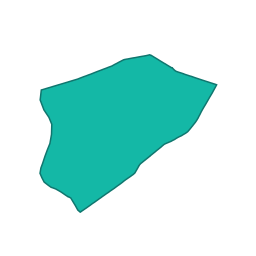 the district of Nuzha, Al Qahirah, Egypt, rotated 163°
{"feature_id": "37247803B21469576264473", "entity_name": "Nuzha", "entity_type": "district", "adm_level": 2, "iso_a3": "EGY", "parent_name": "Egypt", "parent_adm1": "Al Qahirah", "projection": "robinson", "projection_center": [31.378, 30.115], "detail": "fine", "context": "isolated", "style": "filled", "palette": "teal", "viewbox_px": 256, "rotation_deg": 163, "n_neighbors": 0, "source": "geoboundaries", "source_scale": "gbopen_adm2", "svg_char_len": 4125}
<svg xmlns="http://www.w3.org/2000/svg" viewBox="0 0 256 256"><g transform="rotate(163 128 128)"><path d="M30.6,143.4L30.7,143.5L43.4,152.4L47.9,155.6L49.3,156.6L52.1,158.7L53.2,159.4L54.0,159.9L55.2,160.8L56.4,161.6L57.8,162.6L58.7,163.3L58.9,163.4L59.0,163.6L59.6,164.0L60.7,164.8L62.3,165.9L63.2,166.5L64.0,167.1L64.6,167.5L65.3,168.1L65.7,168.4L66.0,168.8L66.4,169.4L66.8,170.0L67.3,171.0L67.8,171.9L68.0,172.6L68.3,172.6L68.6,172.9L69.0,173.2L69.5,173.8L70.8,175.2L71.6,176.1L72.5,177.1L73.6,178.4L74.7,179.5L76.0,181.0L77.1,182.2L78.5,183.8L79.6,185.1L80.5,186.1L82.3,188.1L83.8,189.8L84.5,190.6L84.7,190.8L84.8,190.9L85.0,190.9L85.0,191.0L85.3,191.2L85.6,191.4L85.8,191.6L86.0,191.7L86.5,191.7L88.2,191.8L89.5,191.9L92.1,192.2L93.5,192.4L96.8,192.8L100.5,193.2L103.3,193.6L103.5,193.6L105.1,193.8L108.2,194.1L109.5,194.3L110.5,194.4L111.4,194.5L111.9,194.5L112.4,194.5L114.0,194.2L115.7,193.9L117.9,193.5L119.7,193.1L122.1,192.7L123.9,192.3L124.8,192.1L125.1,192.0L125.5,192.0L126.5,191.9L128.9,191.8L131.2,191.6L134.6,191.4L137.1,191.2L140.7,191.0L143.3,190.8L147.7,190.4L150.2,190.3L152.9,190.1L155.5,190.0L158.1,189.8L159.6,189.7L161.8,189.5L199.8,189.7L203.8,180.5L203.1,169.9L200.5,161.3L199.8,153.8L203.0,144.3L207.2,136.0L211.5,130.7L215.7,125.2L220.0,119.1L223.0,115.2L225.4,110.4L224.9,105.7L224.0,100.8L220.9,96.4L218.9,93.8L217.2,92.6L214.8,90.7L211.4,87.1L210.2,85.7L208.0,82.9L205.4,79.7L205.2,79.8L203.2,77.8L201.0,69.0L200.0,64.2L198.3,61.5L198.1,61.5L196.4,62.1L195.1,62.5L194.4,62.7L193.6,63.0L192.9,63.2L191.2,63.7L189.8,64.2L188.5,64.6L187.0,65.1L184.2,66.1L181.5,66.9L178.6,67.9L176.5,68.6L175.3,69.0L174.0,69.4L172.7,69.9L171.4,70.3L170.2,70.7L169.3,71.0L167.5,71.6L166.1,72.0L165.1,72.3L163.5,72.9L160.2,73.9L159.6,74.1L158.6,74.4L157.6,74.8L155.6,75.5L155.1,75.7L152.9,76.4L152.5,76.5L152.4,76.6L151.7,76.8L151.1,77.0L150.4,77.3L149.5,77.6L148.3,78.1L147.1,78.6L146.2,78.9L145.7,79.1L144.5,79.5L143.7,79.7L143.3,79.9L142.2,80.2L140.7,80.7L139.6,81.0L138.6,81.4L137.7,81.7L136.7,82.0L135.6,82.5L135.0,82.8L134.6,83.0L134.4,83.1L134.3,83.3L133.9,83.6L133.2,84.3L132.6,84.8L131.7,85.7L131.0,86.3L130.2,87.1L129.7,87.6L129.1,88.2L128.8,88.6L128.6,88.6L128.5,88.8L128.4,88.8L128.2,89.0L127.8,89.3L127.7,89.4L127.6,89.5L127.4,89.6L127.2,89.7L127.1,89.8L126.9,89.9L126.8,90.0L126.7,90.0L126.4,90.2L126.2,90.3L125.9,90.4L125.8,90.5L125.7,90.5L125.4,90.6L125.2,90.7L125.0,90.8L124.9,90.8L124.6,90.9L124.4,91.0L124.2,91.1L123.8,91.3L123.7,91.3L123.3,91.5L123.1,91.5L122.7,91.7L122.5,91.8L122.2,91.9L122.0,92.0L121.7,92.1L121.4,92.2L121.3,92.3L121.2,92.3L120.9,92.4L120.8,92.5L120.6,92.5L120.4,92.6L120.1,92.7L119.9,92.8L119.6,93.0L119.3,93.1L119.2,93.1L118.8,93.3L118.6,93.3L118.3,93.5L118.1,93.6L117.8,93.7L117.6,93.7L117.5,93.8L117.4,93.9L117.2,93.9L117.0,94.0L116.7,94.1L116.2,94.3L115.7,94.5L115.3,94.7L115.2,94.7L115.2,94.8L114.9,94.9L114.7,95.0L114.4,95.1L114.1,95.2L114.0,95.3L113.9,95.3L113.7,95.4L113.4,95.5L113.2,95.6L112.8,95.7L112.7,95.8L112.2,96.0L111.9,96.1L111.7,96.2L111.5,96.3L111.4,96.3L111.2,96.4L110.9,96.5L110.7,96.6L110.3,96.8L110.1,96.8L109.6,97.0L109.4,97.1L108.9,97.3L108.5,97.5L108.0,97.7L107.5,97.9L106.9,98.2L106.3,98.4L105.6,98.7L105.0,98.9L104.3,99.2L103.8,99.4L103.0,99.7L101.8,100.2L101.0,100.6L99.6,101.2L98.7,101.6L97.8,101.9L96.9,102.0L96.3,102.1L95.4,102.2L93.4,102.4L92.6,102.5L91.1,102.6L90.1,102.8L89.7,102.9L88.7,103.1L87.5,103.3L86.7,103.4L85.6,103.8L83.1,104.4L82.6,104.5L82.0,104.6L80.7,104.8L79.8,104.9L79.0,105.0L78.4,105.2L76.9,105.6L75.1,106.0L74.4,106.2L73.7,106.4L73.5,106.5L73.4,106.5L72.6,106.8L72.0,107.0L71.2,107.5L69.8,108.4L68.7,109.1L68.2,109.5L67.3,110.0L66.6,110.6L65.7,111.1L64.8,111.8L64.0,112.3L63.2,112.9L62.4,113.4L61.6,114.0L61.0,114.5L60.6,114.8L59.9,115.4L59.2,116.0L59.0,116.3L58.7,116.5L58.2,116.9L58.1,117.1L57.9,117.2L57.6,117.5L57.4,117.8L57.1,118.1L54.7,120.5L53.8,121.5L52.1,123.2L50.6,124.6L49.4,125.7L48.4,126.6L47.5,127.4L46.5,128.3L46.3,128.5L46.2,128.6L44.8,129.9L43.2,131.4L41.2,133.3L40.8,133.7L40.4,134.0L36.9,137.2L36.3,137.8L35.4,138.7L32.9,141.1L30.6,143.4Z" fill="#14b8a6" stroke="#0f766e" stroke-width="1.5"/></g></svg>